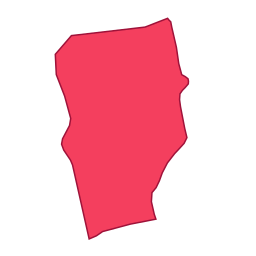 SVG path tracing the border of Novo Selo, rotated 169°
{"feature_id": "MKD-2999", "entity_name": "Novo Selo", "entity_type": "Statistical Region", "adm_level": 1, "iso_a3": "MKD", "parent_name": "North Macedonia", "parent_adm1": "", "projection": "orthographic", "projection_center": [22.854, 41.429], "detail": "fine", "context": "isolated", "style": "filled", "palette": "rose", "viewbox_px": 256, "rotation_deg": 169, "n_neighbors": 0, "source": "natural_earth", "source_scale": "10m", "svg_char_len": 741}
<svg xmlns="http://www.w3.org/2000/svg" viewBox="0 0 256 256"><g transform="rotate(169 128 128)"><path d="M165.9,229.5L92.0,223.8L68.2,228.1L68.1,227.9L67.3,226.3L65.8,224.1L65.8,218.4L65.1,197.9L65.9,181.4L65.1,170.1L62.0,167.5L59.7,164.9L59.7,162.9L59.7,162.4L60.4,159.8L64.3,156.7L67.4,154.6L70.5,151.6L72.0,145.9L72.4,138.7L72.4,126.4L72.4,116.6L72.0,107.3L75.9,102.2L82.9,97.0L87.1,94.0L96.0,86.2L102.9,77.5L107.2,70.3L111.8,64.1L116.8,60.0L119.1,51.2L118.7,38.4L118.0,33.2L123.3,33.2L144.1,33.2L172.7,31.2L179.6,28.2L186.9,26.6L187.3,26.5L189.5,102.3L190.6,107.5L195.3,118.6L196.3,124.8L194.3,129.9L184.9,141.6L182.4,148.3L184.1,171.4L188.2,194.1L185.3,214.2L165.9,229.5Z" fill="#f43f5e" stroke="#9f1239" stroke-width="1.5"/></g></svg>